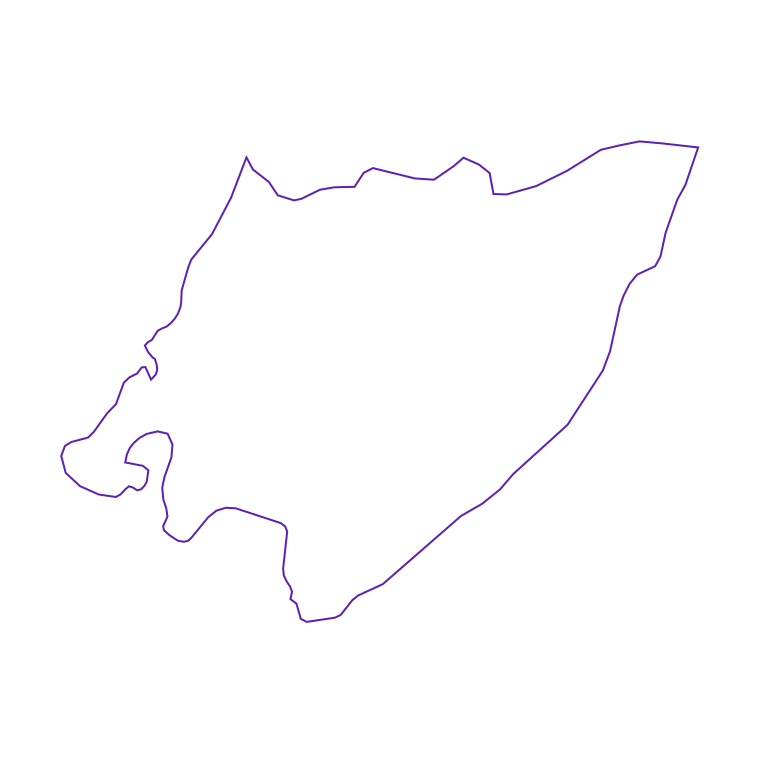 outline of Wellington, rotated 357°
{"feature_id": "NZL-5469", "entity_name": "Wellington", "entity_type": "Regional Council", "adm_level": 1, "iso_a3": "NZL", "parent_name": "New Zealand", "parent_adm1": "", "projection": "orthographic", "projection_center": [175.21, -41.147], "detail": "fine", "context": "isolated", "style": "outline", "palette": "violet", "viewbox_px": 768, "rotation_deg": 357, "n_neighbors": 0, "source": "natural_earth", "source_scale": "10m", "svg_char_len": 1790}
<svg xmlns="http://www.w3.org/2000/svg" viewBox="0 0 768 768"><g transform="rotate(357 384 384)"><path d="M710.1,164.2L695.4,201.0L686.6,215.1L673.1,247.8L666.8,271.1L661.0,280.5L642.5,288.0L634.5,296.9L628.0,308.1L623.7,318.4L611.4,363.3L603.3,381.9L565.1,434.4L508.2,480.8L494.4,495.3L475.8,508.7L454.0,519.8L372.3,583.8L347.0,593.9L340.9,598.4L328.7,612.3L322.7,614.8L294.4,617.5L288.6,614.2L285.1,598.8L279.3,593.9L281.3,586.5L279.5,581.1L276.4,576.0L273.9,570.0L273.6,563.0L279.6,526.3L277.8,521.0L273.8,517.6L229.5,500.4L219.5,499.3L210.0,501.7L201.5,507.8L183.4,527.7L179.9,530.4L175.9,531.1L169.9,529.7L161.8,523.7L156.7,518.6L156.0,514.5L160.8,505.1L160.1,496.9L157.6,487.9L157.1,475.9L159.9,465.4L167.9,446.0L169.6,433.4L165.3,422.3L155.5,419.5L144.5,421.4L136.9,425.1L131.0,429.8L126.7,434.8L123.6,440.8L121.5,448.8L138.9,453.1L144.2,457.9L141.9,469.3L139.4,473.2L136.0,476.4L132.0,477.3L127.8,474.2L123.9,472.8L119.7,476.0L115.1,480.5L110.3,482.8L93.3,479.4L75.1,470.1L61.5,456.1L57.9,439.0L62.1,429.2L68.8,425.5L85.7,422.0L91.8,416.5L106.0,398.7L115.3,390.1L124.3,369.0L130.0,364.1L138.0,360.6L142.8,354.8L146.6,354.6L151.6,367.4L156.3,362.9L158.2,358.5L158.1,353.5L156.5,346.9L154.5,345.6L150.0,339.6L147.2,333.1L150.1,330.1L154.4,327.9L160.9,318.9L165.4,316.8L169.6,315.4L174.4,312.0L178.7,307.5L181.9,303.0L184.6,296.9L185.7,292.0L186.9,279.7L194.7,257.1L198.1,249.6L220.1,225.3L241.0,190.0L258.5,150.5L264.4,163.0L279.6,176.2L287.8,190.0L303.7,195.9L311.1,194.8L330.0,186.7L344.0,185.0L354.9,185.2L364.9,185.6L374.7,172.1L384.2,167.8L425.4,180.3L444.6,182.6L465.3,169.9L475.2,162.2L490.2,169.8L500.5,178.8L503.3,200.0L516.3,201.1L546.1,194.4L577.9,180.7L612.7,161.5L632.0,158.0L651.9,155.1L675.1,158.4L710.1,164.2Z" fill="none" stroke="#5b21b6" stroke-width="2"/></g></svg>